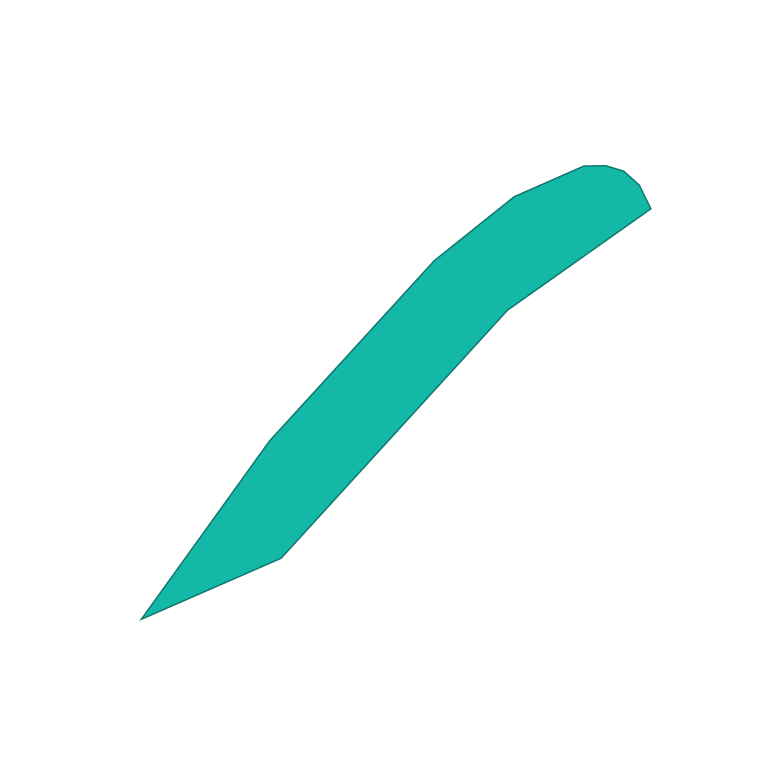 an SVG outline of Agaléga, rotated 68°
{"feature_id": "MUS-5180", "entity_name": "Agaléga", "entity_type": "Dependency", "adm_level": 1, "iso_a3": "MUS", "parent_name": "Mauritius", "parent_adm1": "", "projection": "equal_earth", "projection_center": [56.538, -10.365], "detail": "fine", "context": "isolated", "style": "filled", "palette": "teal", "viewbox_px": 768, "rotation_deg": 68, "n_neighbors": 0, "source": "natural_earth", "source_scale": "10m", "svg_char_len": 310}
<svg xmlns="http://www.w3.org/2000/svg" viewBox="0 0 768 768"><g transform="rotate(68 384 384)"><path d="M256.8,117.2L264.6,96.8L276.5,82.0L295.3,72.8L321.5,70.9L361.8,241.8L507.0,544.7L511.2,697.1L393.9,511.4L288.5,291.2L259.1,193.1L256.8,117.2Z" fill="#14b8a6" stroke="#0f766e" stroke-width="1.5"/></g></svg>